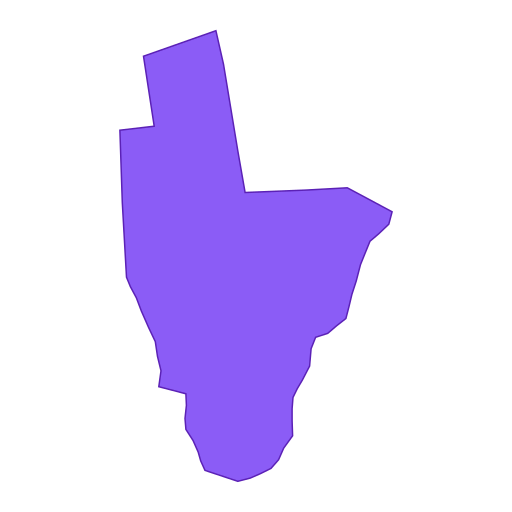 the district of Poço de José de Moura, Paraíba, Brazil
{"feature_id": "56859067B94922107840664", "entity_name": "Poço de José de Moura", "entity_type": "district", "adm_level": 2, "iso_a3": "BRA", "parent_name": "Brazil", "parent_adm1": "Paraíba", "projection": "robinson", "projection_center": [-38.49, -6.591], "detail": "fine", "context": "isolated", "style": "filled", "palette": "violet", "viewbox_px": 512, "rotation_deg": 0, "n_neighbors": 0, "source": "geoboundaries", "source_scale": "gbopen_adm2", "svg_char_len": 789}
<svg xmlns="http://www.w3.org/2000/svg" viewBox="0 0 512 512"><path d="M392.1,211.8L347.3,187.8L305.7,190.1L245.1,192.5L237.8,150.8L223.5,64.2L215.9,30.7L143.5,56.2L154.2,126.2L119.9,130.2L122.3,202.6L126.5,277.2L130.4,286.7L136.4,297.9L141.3,310.9L148.6,327.5L155.3,341.6L157.5,356.4L161.0,370.8L158.8,386.7L185.9,393.8L186.4,405.4L185.0,418.5L185.9,429.4L193.1,440.6L198.2,452.1L200.7,460.9L205.0,470.4L237.8,481.3L250.2,478.1L260.5,473.6L271.0,468.4L278.6,459.7L283.7,448.1L292.6,435.8L292.1,420.8L292.1,408.8L293.0,397.4L297.3,388.6L302.4,380.0L309.6,366.1L311.1,348.7L315.6,337.3L327.8,333.3L336.7,325.7L345.9,318.5L348.9,306.9L351.9,294.4L356.2,281.1L360.5,264.6L365.1,253.2L370.0,241.2L378.6,233.9L388.8,224.2L392.1,211.8Z" fill="#8b5cf6" stroke="#5b21b6" stroke-width="1.5"/></svg>